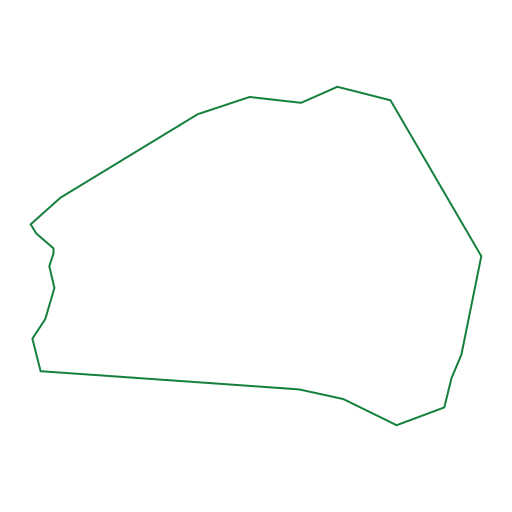 SVG path tracing the border of Kidricevo
{"feature_id": "SVN-956", "entity_name": "Kidricevo", "entity_type": "Municipality", "adm_level": 1, "iso_a3": "SVN", "parent_name": "Slovenia", "parent_adm1": "", "projection": "orthographic", "projection_center": [15.739, 46.395], "detail": "fine", "context": "isolated", "style": "outline", "palette": "green", "viewbox_px": 512, "rotation_deg": 0, "n_neighbors": 0, "source": "natural_earth", "source_scale": "10m", "svg_char_len": 390}
<svg xmlns="http://www.w3.org/2000/svg" viewBox="0 0 512 512"><path d="M60.4,197.7L197.7,114.2L249.5,97.0L301.1,102.8L337.3,86.8L390.5,100.3L481.3,256.2L461.4,354.7L451.5,378.1L444.3,407.4L396.6,425.2L343.4,399.1L299.0,389.4L40.6,371.2L32.4,338.7L45.3,319.0L54.4,287.9L49.3,266.2L53.5,253.5L53.5,248.4L36.2,233.4L30.7,224.3L60.4,197.7Z" fill="none" stroke="#15803d" stroke-width="2"/></svg>